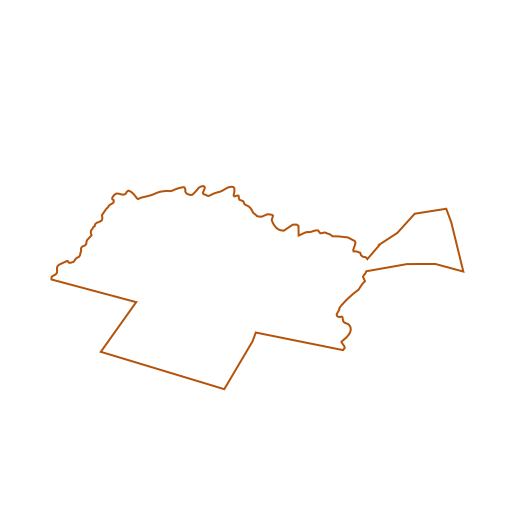 Hveragerðisbær, Suðurland, Iceland, rotated 329°
{"feature_id": "244011B51739533992730", "entity_name": "Hveragerðisbær", "entity_type": "district", "adm_level": 2, "iso_a3": "ISL", "parent_name": "Iceland", "parent_adm1": "Suðurland", "projection": "robinson", "projection_center": [-21.201, 64.001], "detail": "fine", "context": "isolated", "style": "outline", "palette": "amber", "viewbox_px": 512, "rotation_deg": 329, "n_neighbors": 0, "source": "geoboundaries", "source_scale": "gbopen_adm2", "svg_char_len": 4763}
<svg xmlns="http://www.w3.org/2000/svg" viewBox="0 0 512 512"><g transform="rotate(329 256 256)"><path d="M173.9,135.1L172.6,134.2L171.7,133.1L170.7,132.1L168.9,130.8L167.9,130.5L166.9,130.5L166.2,130.7L164.8,131.0L164.0,131.4L163.0,131.9L162.7,132.3L162.5,132.5L162.2,132.8L162.1,133.1L162.2,133.8L162.4,134.2L162.7,134.7L162.6,135.1L162.2,135.8L161.9,136.3L161.4,136.8L160.5,136.9L159.5,136.9L158.6,136.9L157.9,136.9L156.8,136.9L156.1,137.0L155.3,137.3L155.0,137.6L154.5,137.9L153.6,138.2L152.7,138.3L151.7,138.6L149.7,139.5L147.9,140.3L146.2,141.1L144.9,141.7L144.3,143.3L143.7,144.6L142.9,145.4L142.5,145.8L142.4,145.8L141.8,146.1L140.9,146.1L139.8,146.1L139.2,146.0L138.5,145.9L137.4,145.6L136.8,145.5L136.0,145.6L134.9,145.8L134.3,146.0L133.6,146.7L133.3,147.0L133.2,147.3L132.2,147.3L131.4,147.6L131.2,147.6L130.5,148.0L129.7,148.5L129.1,148.7L128.5,148.9L127.8,149.2L127.3,149.7L126.8,150.2L126.5,150.7L126.2,151.4L126.0,152.2L126.0,152.7L125.7,153.4L125.2,153.8L124.6,153.9L124.4,154.0L123.2,154.2L122.1,154.6L121.2,154.9L120.0,155.1L119.3,155.5L118.2,156.3L117.6,157.0L117.3,157.4L116.9,158.1L116.0,158.5L115.2,158.8L114.2,158.8L113.6,158.7L112.9,158.6L112.4,158.5L111.9,158.5L110.9,158.7L110.1,159.3L109.6,159.7L109.4,160.2L109.1,160.8L108.9,161.5L108.3,162.0L107.7,162.5L107.1,162.9L106.2,164.0L105.5,164.7L105.1,164.9L104.2,165.4L103.2,165.6L102.7,165.4L101.9,165.3L100.6,165.4L100.1,165.6L98.8,165.9L98.4,166.3L97.9,166.6L97.3,166.8L96.7,167.0L95.8,166.9L93.8,166.3L92.9,166.0L92.7,165.8L92.2,165.3L92.1,165.1L92.0,164.1L92.0,163.7L92.0,163.2L91.1,162.9L89.9,162.8L87.9,162.6L86.6,162.4L86.4,162.4L84.2,162.2L83.4,162.1L82.7,162.1L82.1,162.1L81.3,162.3L80.6,162.6L79.9,163.1L79.2,163.9L78.8,164.4L78.3,165.3L78.0,165.9L77.7,166.6L77.2,167.4L76.4,168.0L75.7,168.3L75.0,168.5L74.0,168.6L73.6,168.5L72.9,168.5L72.0,168.5L71.2,168.4L70.6,168.5L70.0,168.7L69.7,169.2L69.2,169.8L68.6,170.8L128.7,233.0L129.6,233.8L73.9,258.1L73.6,258.2L160.2,353.8L161.7,353.0L209.0,327.4L216.4,321.5L281.7,381.1L282.2,381.5L284.8,380.4L285.2,378.8L285.1,377.3L285.0,376.3L284.9,374.2L285.2,373.4L287.2,373.1L290.3,372.6L291.6,372.4L294.7,371.3L297.1,370.1L299.3,368.0L300.4,365.4L300.3,363.1L300.0,361.9L297.7,359.0L297.1,357.3L297.8,355.0L298.6,353.1L298.4,352.2L296.4,351.5L295.0,350.1L294.6,349.2L294.9,347.8L295.8,347.1L297.5,346.1L299.2,345.2L299.8,344.8L300.0,344.4L300.3,343.9L301.2,343.4L302.3,342.9L303.6,342.3L305.6,341.8L309.1,340.7L312.9,339.8L320.2,338.4L324.9,337.9L326.9,337.6L329.9,336.0L333.5,334.5L334.3,334.3L336.5,333.7L336.9,329.4L337.0,329.0L337.4,328.6L337.9,328.4L338.8,327.9L339.7,327.6L340.7,327.3L342.7,325.9L381.5,340.8L405.6,355.2L425.7,376.1L440.6,328.1L440.8,327.4L443.4,313.5L442.4,313.1L413.8,301.5L389.1,309.0L367.3,309.8L367.5,310.2L350.1,315.9L349.8,316.0L349.6,313.9L348.6,312.8L347.3,311.8L346.9,310.8L346.4,309.5L347.0,306.9L344.5,303.8L342.0,302.3L342.5,300.8L346.5,297.5L348.2,295.7L348.3,293.9L344.3,287.4L337.5,282.2L331.8,278.5L330.6,275.7L328.4,273.0L327.2,271.3L323.7,270.1L322.8,269.6L322.5,267.7L322.5,266.3L321.3,265.3L319.5,264.5L315.8,263.7L314.9,263.4L312.4,262.0L310.8,261.3L309.6,261.2L307.6,260.9L305.0,260.7L303.1,260.4L307.9,252.1L307.2,250.3L306.4,249.6L303.6,248.1L292.8,248.6L292.6,248.4L290.3,246.6L288.7,244.4L287.8,241.9L287.5,239.3L287.4,236.8L288.0,233.2L290.4,231.1L291.3,230.2L291.0,229.0L289.5,227.7L288.4,227.0L287.8,226.3L286.0,225.9L283.8,225.6L282.3,225.4L281.0,225.2L280.4,224.7L280.0,224.5L279.4,224.1L278.9,223.6L278.4,223.3L277.8,222.8L277.3,222.1L277.2,221.4L276.8,219.9L276.5,219.2L275.9,217.9L275.9,216.0L276.1,214.4L275.9,212.1L275.6,210.7L275.2,209.6L273.5,207.0L272.8,205.2L273.3,202.6L271.6,200.3L270.8,199.3L271.0,197.7L272.0,195.7L272.1,195.4L271.7,195.0L271.0,194.5L270.3,194.3L269.6,194.1L268.6,194.0L268.1,193.7L268.0,192.7L268.4,192.0L269.6,190.8L271.1,189.0L272.4,186.6L272.0,185.1L270.6,184.0L267.8,182.9L264.9,182.7L262.4,182.7L259.8,182.6L258.4,182.4L254.7,181.3L252.7,180.9L251.9,180.7L248.0,180.4L247.7,180.3L246.0,180.0L245.7,179.7L245.2,179.1L244.2,177.4L243.6,176.8L242.9,176.0L243.0,174.4L247.1,171.5L247.5,170.0L246.6,168.7L245.4,168.4L244.5,168.1L242.6,168.0L241.2,168.3L239.5,169.0L236.4,169.9L233.5,170.6L233.0,170.7L231.9,170.3L230.4,169.2L228.7,166.8L228.5,164.5L229.7,162.7L230.0,160.3L228.9,159.4L224.9,158.1L220.7,157.2L218.7,157.0L216.8,156.6L215.3,155.9L214.0,154.8L211.9,153.7L208.4,152.1L205.3,151.1L202.6,150.7L199.2,150.2L196.1,149.5L193.4,148.7L191.2,148.0L187.8,146.9L186.0,146.6L184.7,146.5L184.2,146.4L184.0,146.0L183.7,145.4L183.4,142.7L183.1,140.4L182.3,137.5L181.6,136.0L181.1,135.3L180.6,134.5L179.5,134.2L178.5,134.4L178.2,134.5L177.9,134.6L177.3,135.0L176.4,135.5L175.5,135.6L173.9,135.1Z" fill="none" stroke="#b45309" stroke-width="2"/></g></svg>